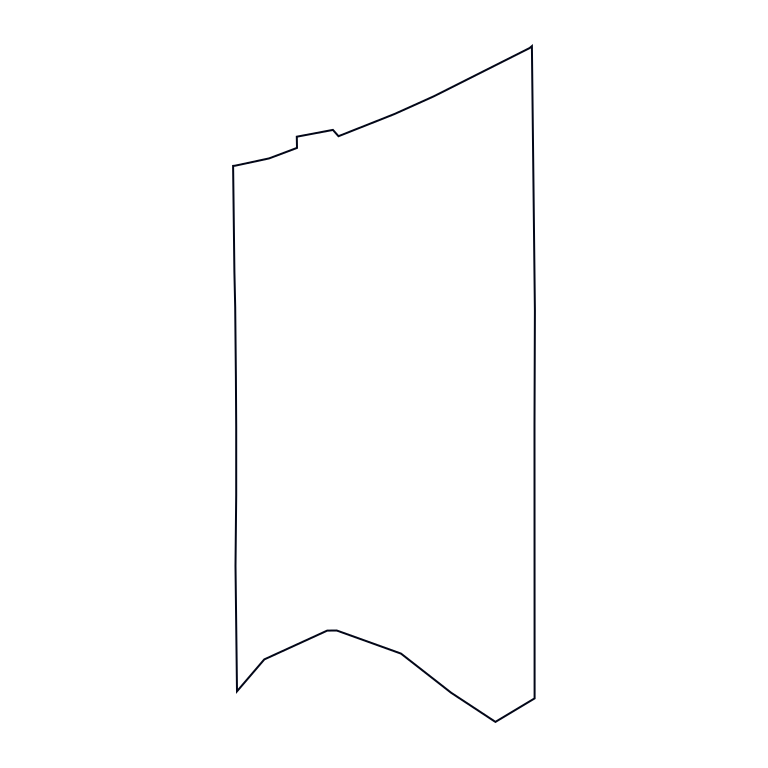 Porter, Indiana, United States of America (Mercator projection)
{"feature_id": "52423323B69237488577242", "entity_name": "Porter", "entity_type": "district", "adm_level": 2, "iso_a3": "USA", "parent_name": "United States of America", "parent_adm1": "Indiana", "projection": "mercator", "projection_center": [-87.097, 41.465], "detail": "fine", "context": "isolated", "style": "outline", "palette": "ink", "viewbox_px": 768, "rotation_deg": 0, "n_neighbors": 0, "source": "geoboundaries", "source_scale": "gbopen_adm2", "svg_char_len": 484}
<svg xmlns="http://www.w3.org/2000/svg" viewBox="0 0 768 768"><path d="M534.6,698.4L534.5,427.4L534.5,424.7L534.9,310.8L531.9,46.1L529.7,48.0L433.8,96.3L394.5,114.0L393.0,114.6L338.5,136.2L332.9,129.9L296.8,136.7L297.0,147.9L269.1,158.4L235.1,165.7L233.1,165.9L234.4,272.0L235.2,307.2L235.9,377.3L236.2,426.9L236.2,495.3L235.5,566.0L237.0,691.3L264.3,659.4L327.2,630.6L336.7,630.5L401.0,653.6L451.2,692.8L495.4,721.9L534.6,698.4Z" fill="none" stroke="#020617" stroke-width="2"/></svg>